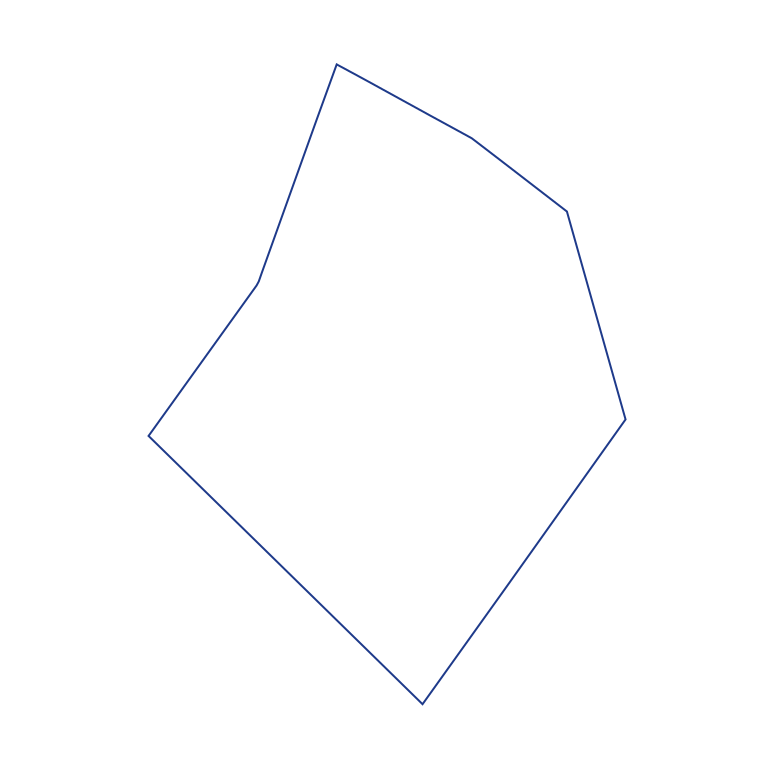 the district of Bastrop, Texas, United States of America, rotated 356°
{"feature_id": "52423323B49733018646154", "entity_name": "Bastrop", "entity_type": "district", "adm_level": 2, "iso_a3": "USA", "parent_name": "United States of America", "parent_adm1": "Texas", "projection": "equal_earth", "projection_center": [-97.332, 30.103], "detail": "fine", "context": "isolated", "style": "outline", "palette": "blue", "viewbox_px": 768, "rotation_deg": 356, "n_neighbors": 0, "source": "geoboundaries", "source_scale": "gbopen_adm2", "svg_char_len": 355}
<svg xmlns="http://www.w3.org/2000/svg" viewBox="0 0 768 768"><g transform="rotate(356 384 384)"><path d="M359.1,61.9L335.8,114.4L270.0,264.2L266.3,272.8L266.2,273.0L263.8,276.8L145.5,419.4L400.1,706.1L493.0,593.7L622.5,436.2L578.5,224.7L519.8,172.5L488.7,145.0L448.9,119.5L385.9,78.9L359.1,61.9Z" fill="none" stroke="#1e3a8a" stroke-width="2"/></g></svg>